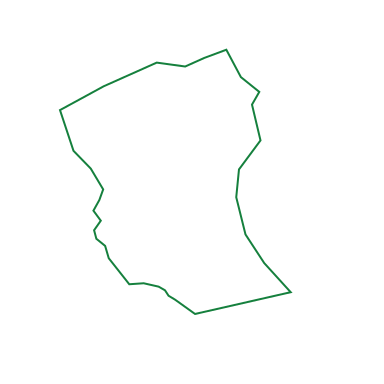 the District of Serere, rotated 62°
{"feature_id": "UGA-5596", "entity_name": "Serere", "entity_type": "District", "adm_level": 1, "iso_a3": "UGA", "parent_name": "Uganda", "parent_adm1": "", "projection": "mercator", "projection_center": [33.439, 1.516], "detail": "fine", "context": "isolated", "style": "outline", "palette": "green", "viewbox_px": 384, "rotation_deg": 62, "n_neighbors": 0, "source": "natural_earth", "source_scale": "10m", "svg_char_len": 551}
<svg xmlns="http://www.w3.org/2000/svg" viewBox="0 0 384 384"><g transform="rotate(62 192 192)"><path d="M162.2,287.8L155.6,277.6L148.0,269.2L123.8,270.4L100.0,277.3L57.7,270.1L57.2,220.3L61.2,162.4L78.0,139.1L79.4,118.1L82.5,94.9L113.5,94.9L135.2,85.6L143.0,98.0L178.6,107.3L194.1,139.9L217.4,155.4L254.6,164.7L288.7,161.6L326.8,151.9L301.1,246.6L279.1,257.5L272.6,261.4L266.1,262.0L259.9,265.9L249.9,277.5L244.0,290.7L211.4,296.6L198.8,294.0L188.4,298.4L179.8,296.4L174.5,286.0L162.2,287.8Z" fill="none" stroke="#15803d" stroke-width="2"/></g></svg>